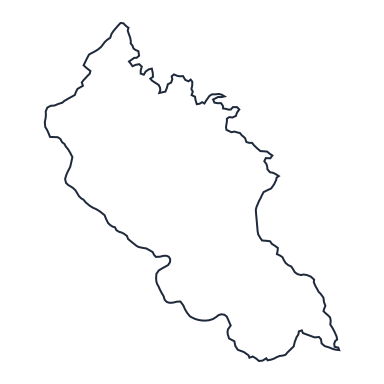 outline of Rio Real, Bahia, Brazil
{"feature_id": "56859067B99431528151864", "entity_name": "Rio Real", "entity_type": "district", "adm_level": 2, "iso_a3": "BRA", "parent_name": "Brazil", "parent_adm1": "Bahia", "projection": "mercator", "projection_center": [-37.904, -11.54], "detail": "fine", "context": "isolated", "style": "outline", "palette": "slate", "viewbox_px": 384, "rotation_deg": 0, "n_neighbors": 0, "source": "geoboundaries", "source_scale": "gbopen_adm2", "svg_char_len": 4296}
<svg xmlns="http://www.w3.org/2000/svg" viewBox="0 0 384 384"><path d="M252.1,142.9L248.9,142.8L246.4,142.0L245.0,138.0L241.7,135.2L239.9,133.0L237.5,132.5L234.5,131.6L231.4,132.2L228.9,131.0L226.5,129.9L226.0,127.2L226.4,124.5L226.9,121.7L226.9,118.7L229.3,117.1L232.4,117.5L235.9,115.9L237.1,112.4L239.3,109.5L237.0,107.1L232.9,107.1L230.9,109.5L228.4,109.6L225.7,108.8L223.1,108.5L222.9,105.9L221.0,103.1L217.5,103.2L214.4,102.6L213.1,99.5L215.8,98.2L218.1,97.0L221.4,97.1L224.5,96.4L221.7,94.7L219.1,94.0L215.2,94.3L211.8,94.4L209.4,96.0L207.7,98.4L206.0,100.8L204.4,103.5L202.1,102.2L199.7,103.7L196.8,104.2L195.6,100.3L195.0,96.7L191.6,95.1L192.8,91.6L191.4,89.1L192.2,85.8L192.3,81.8L190.7,79.6L188.5,81.3L185.3,79.9L183.0,76.1L179.6,76.3L176.8,75.7L174.0,74.4L171.7,76.3L172.3,79.3L171.1,82.6L167.8,84.3L167.0,87.6L165.4,91.6L162.4,92.3L159.3,93.0L160.3,90.0L160.0,87.6L158.6,84.9L154.7,82.4L152.0,80.6L150.3,78.7L153.0,76.8L152.7,72.5L151.8,68.6L148.7,69.4L145.6,71.6L143.8,74.7L140.7,73.6L140.7,70.4L141.8,66.6L139.2,64.2L135.8,64.8L132.5,66.2L131.0,64.0L129.0,61.5L131.9,59.5L134.1,57.9L136.6,57.8L139.1,55.7L138.4,51.2L135.6,50.0L133.6,48.6L132.3,45.3L130.7,43.5L130.8,41.0L130.2,37.7L128.7,33.7L127.7,30.5L128.5,27.8L125.9,25.9L123.4,23.3L120.5,23.0L118.0,25.7L115.4,28.7L113.5,31.0L111.6,33.7L110.2,37.8L107.3,39.7L104.8,42.0L102.7,44.8L101.1,46.9L98.1,49.4L95.1,51.3L91.6,53.1L89.1,54.5L87.8,56.8L86.1,60.2L83.6,65.3L86.2,67.7L90.4,71.0L89.7,73.7L87.3,76.1L85.7,77.9L83.6,80.1L81.8,82.4L82.9,85.8L77.5,88.9L75.9,92.0L74.9,94.9L71.6,96.8L68.9,98.2L66.8,99.5L64.6,100.7L62.3,102.7L58.4,103.9L54.6,105.5L50.7,105.8L47.3,107.6L45.7,111.5L45.9,114.3L45.7,117.5L44.8,122.4L45.3,127.1L47.0,129.8L48.6,133.3L50.0,136.9L54.8,137.1L57.7,137.2L60.3,138.9L62.1,142.2L64.5,144.0L65.7,146.4L68.1,149.3L70.1,152.6L72.4,157.1L71.4,161.7L70.2,166.9L68.6,170.0L67.1,173.0L66.1,175.6L65.1,179.0L66.0,182.9L68.3,185.1L71.1,186.7L73.3,188.2L75.5,190.4L77.2,193.2L78.9,196.1L81.0,198.2L83.6,199.8L85.8,202.5L89.8,205.8L93.2,207.9L95.7,208.9L98.8,210.7L101.4,212.6L104.6,215.2L106.0,218.8L108.2,223.2L110.3,225.1L112.6,226.6L115.0,227.3L116.3,230.1L119.0,231.8L121.5,232.5L123.9,233.7L126.9,235.9L128.1,239.0L132.1,242.3L136.2,245.6L138.3,246.9L141.8,247.7L146.4,248.5L150.0,250.5L152.7,252.1L154.1,254.9L155.9,256.9L160.0,256.7L163.6,255.8L166.5,255.8L168.8,256.8L170.2,259.1L170.0,262.1L168.1,265.1L162.1,268.4L158.8,270.4L156.4,273.9L156.1,278.4L156.4,281.5L157.1,283.9L158.5,286.4L159.7,289.1L161.3,292.3L163.7,296.4L164.6,299.7L166.6,301.8L169.0,302.7L171.4,302.8L174.1,302.4L176.7,301.7L180.4,301.5L183.3,305.4L185.0,309.3L187.1,312.8L189.8,316.2L192.0,317.5L195.2,319.0L198.8,320.0L202.1,320.5L205.2,320.6L208.8,320.3L212.9,319.1L216.2,317.0L218.4,315.2L221.1,314.3L224.3,314.7L226.8,316.6L230.7,325.5L228.0,329.3L227.5,331.7L227.8,334.5L229.1,338.5L231.4,339.7L234.4,341.3L235.3,345.9L237.8,349.8L243.8,352.0L248.5,355.3L249.4,357.7L252.7,356.5L255.8,358.3L259.0,361.0L262.6,360.6L266.3,358.3L267.6,360.3L271.6,359.5L274.5,358.4L276.6,357.2L279.6,356.0L282.6,355.6L285.5,354.8L287.5,352.4L293.7,346.4L294.7,342.1L296.6,337.1L298.3,334.6L298.9,331.4L301.8,330.4L302.9,333.1L314.7,337.4L319.0,337.0L321.0,339.3L321.6,343.4L324.7,346.1L329.4,347.5L332.4,348.8L335.2,349.6L339.2,350.1L338.3,347.6L334.6,346.8L334.2,343.7L335.2,341.0L337.1,339.6L336.6,336.5L334.8,332.4L332.7,328.3L330.3,324.6L330.7,320.6L330.1,317.5L328.1,315.4L325.9,313.5L323.5,311.2L324.3,308.3L325.4,305.9L324.0,302.1L323.4,297.6L320.7,293.9L318.6,291.8L317.4,289.5L315.2,285.6L313.8,282.2L314.1,279.6L310.8,276.6L306.8,275.0L303.3,274.5L301.0,275.1L297.5,274.1L294.9,272.3L293.2,269.5L291.4,266.6L288.0,265.0L285.5,262.8L283.6,259.7L282.6,257.3L280.1,255.6L276.9,254.1L277.5,251.4L277.9,248.0L274.9,245.8L271.9,243.9L270.1,241.3L266.5,240.8L262.1,240.5L260.1,237.7L258.1,234.1L257.6,231.0L257.0,223.9L256.1,213.9L255.8,209.8L256.5,207.0L257.7,204.2L258.9,201.3L260.6,198.1L261.8,195.5L263.6,192.1L267.6,190.1L271.1,188.5L274.1,184.3L276.1,180.1L276.6,177.6L278.8,176.1L276.0,174.3L273.1,172.8L269.9,172.2L267.4,169.2L267.2,166.6L266.5,164.2L264.3,161.2L265.8,158.1L270.3,158.3L272.4,155.5L269.8,153.8L267.1,151.6L263.9,151.3L260.4,151.1L257.0,148.2L254.0,145.3L252.1,142.9Z" fill="none" stroke="#1e293b" stroke-width="2"/></svg>